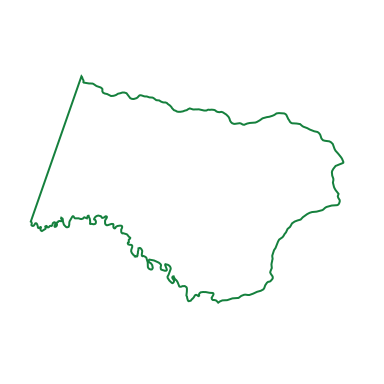 outline of Puerto Carreño, Vichada, Colombia, rotated 19°
{"feature_id": "7082276B50420641639319", "entity_name": "Puerto Carreño", "entity_type": "district", "adm_level": 2, "iso_a3": "COL", "parent_name": "Colombia", "parent_adm1": "Vichada", "projection": "mercator", "projection_center": [-67.983, 5.813], "detail": "fine", "context": "isolated", "style": "outline", "palette": "green", "viewbox_px": 384, "rotation_deg": 19, "n_neighbors": 0, "source": "geoboundaries", "source_scale": "gbopen_adm2", "svg_char_len": 6024}
<svg xmlns="http://www.w3.org/2000/svg" viewBox="0 0 384 384"><g transform="rotate(19 192 192)"><path d="M49.2,272.5L49.9,272.7L50.3,273.1L50.8,274.1L50.9,275.5L51.8,276.0L52.7,275.9L53.4,275.2L54.1,272.6L54.8,272.3L55.3,272.4L56.1,273.0L57.5,274.9L57.9,275.8L58.3,276.0L59.1,276.0L59.7,275.3L60.0,274.5L60.4,274.4L60.7,274.6L60.8,276.3L61.2,277.2L62.0,277.7L62.8,277.8L65.4,274.6L65.4,273.8L64.5,272.5L64.6,272.1L65.4,271.5L65.8,271.6L66.7,272.4L67.4,272.4L68.2,271.6L68.7,270.4L69.5,269.9L70.2,269.9L70.7,269.1L70.6,266.8L71.1,265.9L71.8,265.4L72.3,265.4L72.8,265.8L73.2,266.9L73.2,269.3L73.3,269.4L73.8,269.6L74.7,268.9L75.0,268.2L75.1,267.5L74.9,266.6L74.1,265.2L74.3,264.7L75.2,263.8L75.2,263.2L75.6,262.9L76.3,262.5L77.9,262.2L78.3,261.8L78.3,261.3L77.9,260.5L76.8,259.6L76.8,258.9L78.2,259.3L78.6,259.7L79.7,262.1L81.5,264.6L84.1,266.0L85.3,266.1L86.6,265.2L86.7,264.9L86.6,262.9L86.0,261.0L85.8,259.6L86.8,254.5L87.1,253.8L87.8,253.6L89.4,254.8L90.0,255.0L93.3,253.8L95.2,253.8L96.2,253.6L97.5,252.7L98.0,251.5L98.4,251.0L101.2,251.1L101.2,248.7L101.6,248.2L102.0,248.1L102.6,249.2L103.9,250.4L104.6,251.6L105.4,253.2L105.9,255.2L106.4,255.3L107.2,254.9L109.6,254.5L110.7,253.8L111.1,253.1L111.1,252.6L110.9,251.5L110.3,250.6L109.5,249.9L108.4,249.8L108.2,249.4L108.5,247.6L109.5,245.9L111.0,244.8L113.2,244.6L113.8,244.6L115.1,245.6L115.6,245.7L117.1,244.8L118.1,243.2L119.1,242.9L119.6,243.2L119.8,244.0L119.1,247.1L119.2,247.6L120.0,249.9L120.8,250.8L122.0,251.2L123.0,250.9L126.1,248.5L127.1,248.1L127.9,248.0L128.4,248.5L128.7,249.8L129.3,251.1L130.1,251.6L130.7,251.6L131.2,251.2L131.2,250.5L131.5,249.7L132.6,248.4L134.9,247.2L136.4,246.9L137.0,247.2L137.4,247.8L137.5,249.1L137.3,250.6L138.1,252.8L138.7,253.4L139.6,253.8L140.2,253.4L144.1,253.2L145.5,253.9L146.6,254.7L148.5,255.4L148.6,255.7L148.6,256.2L147.9,257.4L147.8,257.9L148.6,260.0L147.9,260.7L148.0,261.5L148.8,262.3L150.3,262.2L151.6,261.8L152.2,261.8L152.9,262.2L153.4,263.4L153.4,266.4L153.8,267.9L154.9,269.2L157.1,270.6L158.7,271.1L159.2,271.0L159.4,271.3L159.3,271.6L159.5,271.6L161.1,270.7L161.1,270.4L160.8,270.4L161.1,269.4L160.8,268.8L160.8,267.5L160.3,266.0L160.2,264.3L159.7,262.7L160.8,261.9L161.6,261.9L163.0,262.7L164.2,264.0L164.9,267.6L165.4,268.6L166.1,268.8L166.5,268.4L167.0,268.3L169.1,268.5L170.2,269.0L173.0,272.9L174.7,277.3L175.6,278.2L176.9,278.7L178.5,278.7L179.3,278.2L179.6,277.1L179.5,276.3L178.2,274.1L177.4,273.5L176.4,272.8L174.6,272.4L173.8,271.9L173.4,271.1L173.4,270.5L173.7,269.8L178.4,269.1L183.6,269.6L185.2,270.2L186.1,270.7L186.5,271.2L186.7,271.7L186.8,273.3L187.6,274.9L188.0,275.3L188.9,275.4L192.1,275.3L193.3,274.7L193.6,274.0L193.3,273.3L190.3,269.7L190.4,268.9L192.8,268.7L193.7,268.8L195.5,269.6L196.4,270.6L196.9,271.6L196.8,277.8L196.4,279.9L196.9,281.1L199.4,283.1L202.4,284.5L203.3,284.5L203.8,283.9L204.1,283.0L204.0,281.7L201.5,279.8L201.1,279.0L201.5,278.0L202.1,277.7L202.9,278.7L204.2,279.8L206.2,280.7L207.9,282.1L210.7,285.4L211.4,285.5L212.5,285.1L213.7,284.1L215.8,283.3L217.7,283.8L218.4,284.5L218.9,285.7L219.6,288.0L220.4,291.7L221.4,292.7L222.0,293.9L223.3,295.7L224.1,296.3L224.5,296.3L226.2,295.2L226.8,293.4L227.2,292.9L228.0,291.0L228.4,288.9L228.9,288.2L229.4,287.9L230.3,287.9L231.5,288.3L232.2,288.3L232.5,287.7L232.0,286.9L232.0,285.6L232.8,284.1L234.9,283.0L237.8,282.1L241.4,281.6L244.2,280.8L245.0,280.8L245.6,281.5L245.6,282.8L245.0,285.8L245.4,286.2L245.7,286.8L246.6,287.3L247.1,287.3L248.1,286.9L249.9,286.7L251.4,287.3L252.8,288.1L254.1,286.3L256.0,284.6L260.5,282.8L264.9,279.4L270.5,277.0L272.4,274.2L274.6,272.3L275.8,271.7L278.3,271.2L279.8,270.7L282.9,268.2L286.0,265.2L289.2,263.0L291.2,260.8L291.6,259.2L291.6,256.4L292.4,253.4L293.2,252.2L294.6,251.4L295.2,250.8L296.3,248.2L296.4,247.0L295.7,245.6L293.0,243.6L292.1,242.5L292.0,241.2L292.2,237.9L290.7,234.6L290.4,232.8L290.3,231.4L290.1,230.5L290.0,229.0L288.9,226.8L288.6,226.0L288.5,220.3L289.2,217.7L289.5,210.8L289.9,208.6L292.3,205.3L292.9,203.5L293.2,201.7L294.0,199.6L294.4,195.8L296.1,193.0L296.8,189.1L298.7,186.5L301.1,184.5L303.7,182.7L305.0,179.8L308.1,175.4L310.0,173.4L312.0,171.9L316.2,170.0L321.0,166.8L321.8,165.9L322.9,163.8L324.0,162.4L328.5,159.3L333.5,157.2L334.4,156.3L334.8,155.1L334.8,153.0L334.3,151.6L332.1,149.8L331.2,148.5L331.2,146.1L327.2,143.5L325.5,142.0L324.6,141.0L322.2,137.3L321.8,134.7L321.3,133.4L319.2,130.8L317.8,127.7L317.7,126.3L318.1,124.1L319.3,120.6L325.3,115.4L325.5,115.0L325.3,114.3L323.2,111.9L321.9,110.8L317.8,108.2L314.2,106.2L312.7,104.8L309.5,100.8L307.2,99.7L305.4,99.4L300.9,100.3L299.0,100.4L297.0,99.3L294.8,96.4L293.9,95.6L292.5,94.8L291.1,94.4L287.8,94.8L283.0,94.6L280.2,94.1L276.0,94.0L274.5,93.6L272.1,92.6L268.6,93.2L264.4,94.4L263.4,94.4L261.7,93.7L260.6,92.6L259.3,91.7L256.2,88.5L255.1,87.9L253.6,87.7L248.5,89.1L246.3,90.2L244.8,92.3L243.3,93.7L240.6,95.7L238.3,96.9L234.7,99.4L232.8,102.1L230.6,104.6L229.3,105.7L224.2,107.9L221.9,109.3L219.4,111.5L218.0,111.7L215.9,111.3L214.7,111.4L210.4,113.6L209.5,113.9L207.6,113.9L206.2,113.3L204.8,112.2L203.5,110.4L202.0,109.0L199.2,107.6L195.1,106.6L193.6,106.7L192.0,107.6L190.5,107.9L188.9,107.9L187.5,107.3L186.2,107.2L183.9,107.7L181.9,108.6L180.8,108.8L180.1,109.2L179.2,110.2L177.1,111.0L171.6,111.6L166.2,113.6L162.7,113.7L161.5,114.8L160.4,116.3L158.7,117.4L157.2,118.7L154.8,120.0L152.7,120.7L151.3,120.8L150.2,120.5L148.3,120.5L145.8,119.2L144.9,118.4L143.0,117.4L140.3,116.6L139.2,116.0L137.6,116.0L136.3,116.5L135.0,116.7L133.2,116.6L131.2,116.1L128.3,116.8L125.0,115.7L123.9,115.6L120.9,116.4L118.2,116.4L115.9,117.1L112.9,117.1L111.4,117.4L110.7,118.1L109.7,120.4L108.9,121.4L106.7,123.0L105.0,123.5L103.1,123.4L97.9,119.9L95.5,120.0L93.8,120.6L92.1,121.9L90.0,123.2L88.7,124.9L87.5,125.9L86.3,126.7L84.2,127.6L79.9,127.0L77.3,127.3L75.5,127.0L74.4,125.9L73.8,123.9L72.7,123.2L71.6,122.9L67.2,122.9L63.5,121.9L62.4,121.9L59.3,122.9L54.0,123.8L53.5,123.5L53.3,122.3L52.9,121.7L51.7,120.6L50.7,119.2L49.8,118.6L49.2,272.5Z" fill="none" stroke="#15803d" stroke-width="2"/></g></svg>